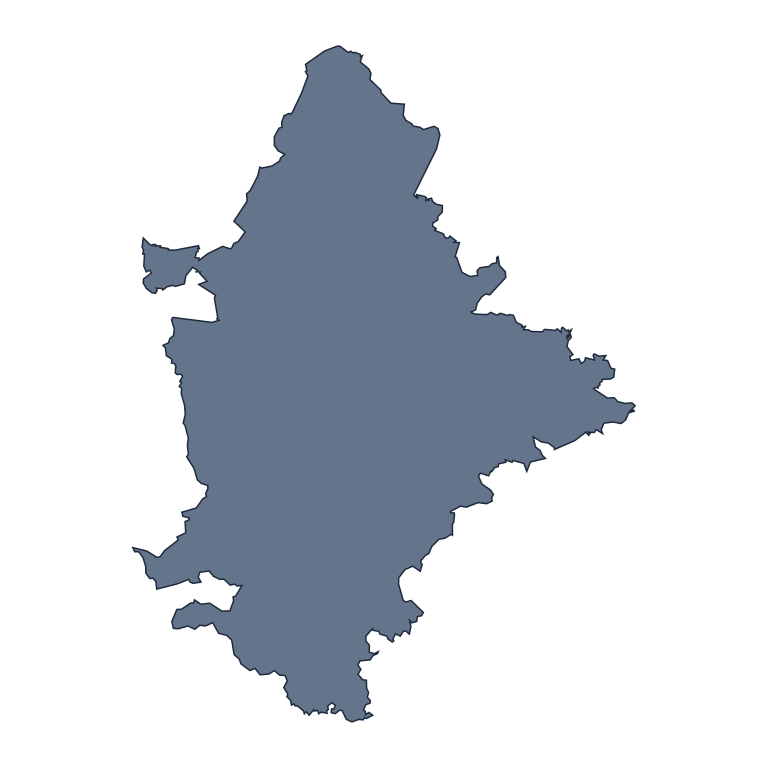 Izúcar de Matamoros, Puebla, Mexico
{"feature_id": "50627088B35864847350970", "entity_name": "Izúcar de Matamoros", "entity_type": "district", "adm_level": 2, "iso_a3": "MEX", "parent_name": "Mexico", "parent_adm1": "Puebla", "projection": "mercator", "projection_center": [-98.44, 18.506], "detail": "fine", "context": "isolated", "style": "filled", "palette": "slate", "viewbox_px": 768, "rotation_deg": 0, "n_neighbors": 0, "source": "geoboundaries", "source_scale": "gbopen_adm2", "svg_char_len": 6111}
<svg xmlns="http://www.w3.org/2000/svg" viewBox="0 0 768 768"><path d="M498.1,256.6L496.7,257.6L496.6,262.8L491.8,263.8L489.5,266.3L479.9,267.8L477.1,270.6L477.6,275.5L470.0,276.5L462.0,272.4L456.6,257.3L455.0,257.0L459.5,242.6L454.0,242.3L456.0,240.8L449.9,236.1L448.6,237.9L445.4,238.0L443.2,233.7L434.7,230.4L436.2,228.6L432.5,226.0L432.9,223.1L437.7,220.0L437.9,216.6L442.3,212.1L442.4,205.6L436.2,204.2L432.6,201.4L431.5,198.2L428.4,198.9L429.3,200.8L427.6,199.4L426.0,200.6L426.3,197.5L424.3,196.4L416.5,194.6L415.8,196.6L418.0,197.1L417.3,198.2L413.6,195.1L436.5,149.0L439.9,135.0L437.9,128.4L433.9,126.3L423.6,129.6L419.6,127.1L412.8,126.0L412.1,124.0L405.9,120.4L403.2,115.3L404.4,104.2L391.0,103.2L381.3,93.0L380.7,90.0L369.9,79.5L371.0,73.5L368.7,68.9L360.2,61.9L362.3,55.7L360.6,56.5L360.2,54.4L355.0,52.3L353.1,53.0L350.8,51.2L348.1,52.4L340.1,46.3L337.4,46.1L324.9,50.8L305.5,64.4L306.9,70.7L305.4,71.5L307.9,75.9L301.6,93.0L292.4,112.3L290.6,114.3L289.4,113.4L284.1,115.6L281.6,122.6L282.0,127.1L279.0,128.2L274.3,137.0L274.4,145.5L278.1,150.8L284.7,154.3L280.5,158.1L279.7,161.0L272.0,166.0L261.8,168.1L259.9,167.1L257.6,176.3L250.2,190.6L246.6,193.9L247.1,201.2L233.9,221.2L245.2,231.9L238.3,241.5L233.9,243.4L231.7,248.1L230.1,248.8L222.6,246.4L207.6,253.8L199.0,260.4L199.2,258.1L195.1,257.6L196.5,252.1L198.0,251.5L197.7,248.5L199.4,248.7L198.4,245.7L175.3,250.1L168.3,250.0L168.4,248.6L160.2,247.3L160.5,245.8L155.3,246.1L155.8,244.6L153.1,244.4L152.7,245.7L149.4,244.2L143.3,238.0L142.1,247.1L143.5,250.1L142.8,254.1L144.5,254.1L143.8,266.1L146.3,271.9L149.9,270.2L151.2,273.2L143.6,278.8L143.2,283.0L146.4,288.5L152.0,292.8L155.5,293.3L157.2,290.4L156.3,288.1L162.6,288.7L162.8,290.0L167.1,286.7L173.0,285.4L175.4,286.4L184.4,283.8L185.8,275.9L192.6,267.4L197.4,270.2L196.1,271.8L200.3,272.1L199.7,273.4L207.1,281.3L198.7,284.4L215.6,295.3L214.4,297.8L217.7,317.7L216.8,318.8L219.1,320.3L212.0,322.4L172.7,317.4L171.5,319.9L174.4,329.2L173.4,335.7L169.8,338.6L168.5,342.8L163.0,345.3L165.4,348.1L166.4,355.7L171.9,359.3L171.5,363.0L174.5,363.6L176.4,367.2L175.7,366.5L175.3,373.0L177.3,374.6L180.7,374.1L182.6,376.3L179.8,381.4L181.7,382.4L179.2,386.5L181.7,388.2L181.2,393.6L184.5,405.0L185.3,414.3L183.2,423.1L185.0,425.4L188.3,437.8L187.4,445.5L188.4,454.1L186.7,456.9L194.0,468.4L197.4,479.9L201.3,483.4L207.7,485.5L207.9,488.5L205.7,493.5L206.4,496.7L203.0,498.6L196.2,508.0L181.9,512.2L182.8,516.2L189.4,518.1L188.4,520.2L185.1,521.5L185.7,532.8L177.0,537.0L178.2,540.0L164.5,550.7L160.2,556.7L157.0,557.4L146.9,551.1L132.8,547.6L134.7,551.7L138.8,551.8L143.1,557.9L145.7,566.4L145.8,573.0L149.7,578.5L153.1,578.2L155.9,581.7L156.7,589.1L177.2,583.9L188.8,579.4L190.1,582.1L193.1,583.3L201.0,582.1L198.2,577.1L199.8,572.3L209.1,571.0L213.4,576.3L219.9,579.4L223.9,579.1L230.1,585.1L234.8,584.1L237.0,586.0L241.9,585.5L235.7,596.0L233.1,596.9L233.6,600.8L229.9,610.9L221.9,611.1L209.7,603.2L200.8,604.2L194.5,599.9L193.6,602.9L190.6,603.1L181.5,609.2L176.8,609.5L171.8,621.6L173.4,628.4L178.2,628.8L188.0,626.0L194.8,629.3L199.9,625.2L205.3,626.0L212.8,622.7L218.6,633.3L226.6,635.3L231.7,640.0L234.1,654.6L239.2,659.0L241.0,663.9L248.8,669.7L249.9,670.5L255.1,668.4L260.0,674.8L269.0,674.0L274.4,670.6L279.5,675.1L285.2,675.5L287.2,681.0L283.8,687.6L287.9,694.2L286.9,696.7L290.6,700.5L291.5,705.1L293.8,703.9L295.3,706.0L297.4,705.9L303.6,711.0L304.5,714.5L304.8,712.4L306.5,712.0L309.1,715.2L313.9,709.6L314.4,711.1L317.5,710.3L318.8,713.8L321.1,712.2L327.1,713.2L326.6,711.1L328.3,709.5L327.7,706.0L331.8,702.8L335.1,705.1L334.1,709.0L331.6,708.9L331.2,712.6L335.2,713.6L339.8,710.1L342.1,710.6L346.4,719.4L351.9,721.9L358.9,719.4L363.1,719.9L364.6,717.7L366.5,718.5L372.8,715.3L368.9,712.4L365.7,714.6L365.4,711.4L363.4,710.1L365.8,704.6L369.9,703.3L370.4,701.0L367.3,697.0L368.6,692.6L366.6,688.3L366.4,680.2L362.8,679.8L358.0,674.3L360.9,669.3L357.8,665.0L360.0,660.9L370.3,659.8L373.0,655.5L377.4,653.7L378.3,651.6L374.2,653.7L369.3,652.2L369.4,645.3L365.8,640.7L366.0,636.1L372.6,628.5L372.9,630.3L378.7,631.3L380.0,634.1L387.0,636.2L388.0,639.1L392.2,642.0L393.8,641.0L393.0,638.6L395.6,634.0L400.3,636.1L403.2,631.5L405.6,630.8L409.3,634.2L410.9,626.6L409.6,620.4L411.7,622.8L416.6,621.5L417.4,616.6L421.6,615.7L423.4,612.5L411.1,600.5L405.8,602.0L403.3,600.5L398.6,584.2L398.7,577.8L405.1,569.5L412.8,566.2L420.2,571.3L422.2,564.6L420.5,561.3L425.3,555.5L428.9,553.5L431.7,546.5L439.0,539.2L444.7,538.3L451.1,534.4L452.5,535.2L452.4,523.9L453.7,522.5L454.5,514.8L454.2,512.9L450.6,512.8L450.4,511.5L460.6,506.1L466.3,507.2L478.2,502.6L486.6,503.7L492.2,501.1L491.7,497.8L493.4,494.4L490.7,490.2L481.9,484.0L478.5,476.3L480.3,473.1L488.6,475.8L490.9,471.1L491.8,471.7L494.6,467.6L498.2,466.6L498.6,463.9L505.9,462.2L505.3,459.8L512.1,462.3L512.8,460.5L523.9,463.4L526.8,471.4L530.4,462.0L545.4,458.4L542.3,455.4L540.1,450.5L535.5,447.0L533.1,436.8L541.3,441.8L548.3,443.1L554.2,447.4L554.4,449.5L574.8,440.6L585.8,432.2L588.7,435.3L590.1,433.4L588.4,432.2L594.3,432.5L596.2,429.6L602.6,433.6L601.2,429.8L603.9,423.2L612.8,422.0L621.2,423.5L625.8,419.7L628.6,412.8L634.2,411.2L633.7,410.1L630.2,410.9L635.2,405.8L631.9,402.9L625.0,403.4L617.8,401.6L614.1,397.7L607.6,398.1L593.6,389.0L594.7,387.6L598.3,387.9L598.0,386.2L599.9,385.3L599.6,382.9L601.9,381.5L602.3,379.4L610.5,379.0L613.8,377.1L614.7,369.1L610.9,368.2L607.6,360.6L603.3,360.0L605.9,355.5L599.1,356.2L594.1,353.9L593.1,355.4L594.7,360.0L585.5,357.8L584.6,361.2L581.2,363.5L578.9,358.8L570.8,360.4L569.8,356.7L572.9,354.6L566.9,346.6L568.2,340.8L571.3,337.3L570.3,334.3L567.2,338.5L566.7,336.2L569.7,333.8L571.4,329.7L568.5,331.8L568.1,330.0L566.6,330.8L562.7,327.3L561.5,328.2L561.2,332.2L557.1,328.8L555.7,330.4L544.3,329.4L542.6,331.8L531.2,331.5L528.4,329.8L523.6,329.8L525.4,326.3L522.1,327.1L522.2,325.3L516.3,322.3L513.4,315.3L509.4,314.5L508.0,315.6L500.4,313.3L496.7,315.1L490.8,312.4L487.1,314.6L475.3,314.1L471.6,312.7L471.1,311.9L475.6,309.9L477.3,303.1L481.6,297.0L485.5,294.0L489.8,294.8L505.8,277.4L505.3,271.7L499.5,265.5L498.1,256.6Z" fill="#64748b" stroke="#1e293b" stroke-width="1.5"/></svg>